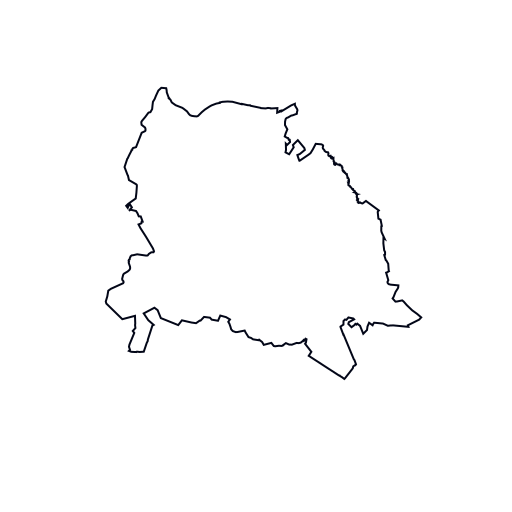 Maltas pag., Rezeknes, Latvia (Albers equal-area conic projection), rotated 33°
{"feature_id": "27541924B14465730605778", "entity_name": "Maltas pag.", "entity_type": "district", "adm_level": 2, "iso_a3": "LVA", "parent_name": "Latvia", "parent_adm1": "Rezeknes", "projection": "albers", "projection_center": [27.185, 56.309], "detail": "fine", "context": "isolated", "style": "outline", "palette": "ink", "viewbox_px": 512, "rotation_deg": 33, "n_neighbors": 0, "source": "geoboundaries", "source_scale": "gbopen_adm2", "svg_char_len": 6115}
<svg xmlns="http://www.w3.org/2000/svg" viewBox="0 0 512 512"><g transform="rotate(33 256 256)"><path d="M422.4,232.4L421.1,231.4L427.5,220.5L428.0,217.5L422.7,216.8L416.6,216.5L409.3,215.1L404.7,213.8L402.8,213.6L399.1,217.3L397.8,218.3L393.7,217.2L393.7,215.5L392.6,210.1L392.6,205.9L392.3,204.7L391.4,203.1L384.5,206.7L382.7,207.3L381.5,207.1L381.0,206.8L380.4,206.2L380.1,204.2L374.2,199.1L374.9,198.2L375.8,196.3L375.2,195.9L371.1,190.5L367.8,188.8L367.1,188.8L363.0,185.3L363.5,184.6L362.1,182.4L360.4,181.4L355.9,176.0L353.1,171.5L354.5,171.5L348.6,167.8L347.3,166.6L344.9,162.8L345.2,162.3L340.7,157.7L338.3,158.0L334.1,152.8L334.0,151.9L334.2,150.9L318.6,150.0L318.5,149.2L316.8,153.8L316.5,154.1L314.5,154.5L314.3,154.4L313.3,155.6L312.6,155.6L312.8,154.9L312.7,154.8L312.3,154.8L312.1,154.5L310.9,154.4L311.1,154.0L310.7,152.7L310.0,153.0L310.0,152.7L309.7,152.7L309.6,152.3L309.0,152.2L308.4,151.7L308.4,151.4L307.9,151.0L307.9,150.6L307.1,149.5L307.4,149.1L306.9,149.3L306.7,149.0L306.4,149.1L306.2,149.0L305.9,149.3L305.4,149.0L305.4,148.6L304.3,148.9L304.7,148.4L304.1,148.2L304.1,147.9L304.4,147.7L303.6,147.9L303.0,147.7L302.5,147.9L301.3,147.7L300.9,147.0L299.8,147.4L298.4,146.6L297.3,146.7L296.5,146.1L295.8,146.3L295.0,146.3L294.3,145.4L294.3,145.1L293.9,144.8L294.0,144.5L293.4,144.2L293.8,143.9L293.7,143.4L293.0,142.9L293.2,142.5L292.8,142.0L292.4,142.1L292.2,141.2L290.9,140.4L290.4,140.7L290.1,140.7L289.3,139.4L288.8,139.2L287.6,137.9L287.2,138.3L285.9,137.8L285.4,137.9L285.2,137.5L284.4,137.7L283.6,137.0L283.1,137.1L283.0,137.5L282.7,137.4L282.6,136.9L281.9,136.9L281.6,136.3L280.5,135.4L280.2,134.6L279.5,134.6L279.2,134.2L278.8,133.8L277.6,133.9L277.1,133.6L276.7,133.6L276.7,133.9L276.4,133.8L276.2,134.3L275.8,134.1L274.2,135.0L273.2,134.9L273.0,134.6L272.7,134.6L272.1,135.2L272.6,136.5L272.3,136.6L272.0,136.4L271.6,136.5L270.8,135.6L270.9,134.8L270.8,134.6L269.6,134.4L269.3,133.7L268.0,132.7L267.9,132.1L267.5,131.5L266.4,133.0L266.2,133.0L266.0,132.7L266.0,131.7L265.8,131.5L265.0,131.6L264.9,131.7L265.0,132.2L264.9,132.4L263.9,131.4L263.1,132.4L262.0,132.3L261.5,131.8L260.9,130.5L260.0,129.8L258.2,130.6L257.3,130.6L256.3,130.5L255.7,130.0L253.6,129.4L252.9,128.7L252.3,127.0L251.6,126.6L250.1,126.7L245.0,129.4L245.6,135.6L245.7,140.1L244.8,142.6L240.7,152.4L240.5,152.5L238.2,150.8L235.7,148.8L237.2,146.6L239.2,140.4L237.7,139.1L228.0,136.1L226.5,142.8L228.4,144.3L228.4,152.6L224.3,153.0L223.4,150.7L219.8,145.5L221.6,145.9L222.5,141.9L221.8,141.0L220.3,140.7L220.4,140.3L220.1,140.4L218.7,139.6L217.6,140.0L215.0,140.1L214.1,137.0L213.3,132.7L209.0,130.4L207.2,127.5L206.3,125.1L206.3,124.5L206.5,123.7L206.8,123.1L207.4,122.4L209.1,119.0L210.1,118.1L212.0,115.5L212.6,114.9L212.8,114.5L212.0,113.1L211.5,111.4L211.2,111.0L210.5,110.4L207.0,108.7L206.0,107.7L205.7,107.2L203.5,110.5L198.7,120.5L198.2,120.0L197.1,121.2L197.7,121.6L195.7,124.3L193.4,120.3L188.1,124.2L187.8,124.1L185.4,125.3L183.7,127.0L179.6,129.3L179.1,129.3L169.5,133.0L169.0,132.8L167.0,134.0L161.3,136.1L161.4,136.5L152.2,139.5L148.0,141.9L144.0,144.9L142.0,146.9L142.3,147.3L139.7,149.8L136.7,153.9L135.6,156.0L133.4,161.0L132.2,164.9L131.1,170.1L130.3,171.2L128.1,172.4L125.9,173.4L124.1,173.8L122.5,173.5L119.4,172.3L114.9,171.9L113.3,171.9L106.5,173.3L102.0,173.1L101.4,172.9L99.1,171.5L97.2,171.3L97.3,170.9L96.2,170.5L92.1,167.4L90.7,165.6L89.3,164.2L85.0,166.5L84.0,170.4L84.8,176.0L85.5,179.5L85.6,182.8L86.9,185.5L88.9,189.4L89.1,192.9L87.9,194.1L87.7,194.8L87.4,199.8L86.8,204.6L86.8,205.8L87.1,206.5L88.6,208.3L93.0,208.7L94.2,209.7L95.0,211.1L94.9,211.8L93.0,214.9L96.1,230.0L95.5,230.8L94.1,232.3L94.0,233.5L94.4,234.3L94.0,235.2L94.2,235.4L94.7,240.4L95.2,244.0L95.1,244.6L97.3,253.0L104.1,258.0L104.8,258.3L108.1,261.5L116.6,261.1L117.4,261.4L118.1,262.4L121.3,268.2L123.8,273.3L122.2,277.3L120.4,282.0L119.8,284.6L122.2,285.5L121.8,283.1L122.5,281.5L125.4,282.8L124.9,286.4L125.1,286.5L125.8,285.4L130.9,283.6L133.3,284.7L136.1,286.6L137.8,285.6L142.2,288.9L141.4,289.5L142.1,291.0L140.3,293.5L144.0,295.6L153.5,299.9L165.5,305.8L167.9,307.6L168.0,308.7L167.9,308.8L166.7,309.5L166.1,310.1L165.0,312.6L164.9,314.1L164.8,314.6L163.6,315.5L155.4,319.3L152.6,322.2L151.4,323.2L151.0,324.5L151.4,326.8L151.9,327.7L151.5,328.5L151.8,329.5L152.6,329.9L152.9,331.0L156.1,333.5L157.0,334.6L157.4,335.6L157.4,336.7L156.8,338.9L154.9,342.7L154.8,343.5L154.9,344.3L156.2,348.1L157.0,348.9L158.6,349.4L159.3,350.2L159.4,351.2L152.2,362.5L151.0,365.5L153.3,370.9L154.8,376.0L156.4,377.4L178.3,381.8L187.1,372.1L191.5,378.4L192.2,379.8L194.1,382.1L193.5,386.0L195.8,386.8L198.1,399.2L198.9,401.3L201.4,403.3L201.1,404.8L203.5,404.3L205.5,403.2L208.0,401.7L208.2,401.1L210.8,399.8L214.0,397.4L211.7,388.4L211.5,386.3L210.8,384.9L207.0,370.8L207.7,369.5L200.6,368.5L193.1,365.3L199.0,354.7L203.0,355.0L210.0,359.9L228.4,356.3L228.9,350.3L238.2,346.9L242.3,345.0L244.0,340.8L244.7,340.4L245.6,335.4L251.0,332.8L253.5,333.5L259.4,331.0L258.5,325.4L264.1,323.6L268.7,323.4L268.6,326.3L270.6,327.3L273.3,329.4L275.1,331.0L277.4,331.6L280.4,330.9L281.8,329.9L287.1,324.7L288.9,325.8L293.9,328.1L296.5,327.4L298.9,327.5L304.3,325.1L304.3,324.5L308.0,324.8L310.9,326.3L316.2,320.5L319.9,321.8L321.2,321.3L324.1,318.8L326.6,317.4L327.0,316.8L326.9,316.8L328.5,312.8L332.1,312.2L334.4,310.8L337.4,306.8L339.3,305.8L340.7,304.3L341.6,301.6L341.7,300.7L342.4,301.0L342.4,299.6L342.6,299.1L342.6,298.4L343.7,298.3L345.0,301.4L345.1,301.8L345.0,302.9L354.6,306.2L354.6,311.0L390.3,311.0L391.3,310.9L391.4,310.7L392.1,310.9L394.0,310.8L396.9,311.0L396.9,310.7L397.2,310.4L397.3,309.4L398.3,298.0L398.3,297.4L397.7,295.6L398.6,293.4L398.8,293.4L398.9,292.4L395.3,289.7L394.2,289.3L372.2,274.2L372.1,274.4L365.6,269.6L365.3,269.2L366.7,265.9L364.8,262.9L365.2,260.8L366.6,260.3L367.0,257.2L371.7,255.4L372.8,255.7L369.9,260.9L370.4,262.7L374.9,263.7L376.2,260.2L376.3,258.8L377.6,258.8L377.8,257.6L381.3,257.9L388.3,262.8L389.4,257.6L387.9,254.4L387.2,250.4L391.5,250.6L391.3,249.3L391.4,247.6L399.3,243.5L404.6,242.7L406.8,240.9L409.0,239.4L422.4,232.4Z" fill="none" stroke="#020617" stroke-width="2"/></g></svg>